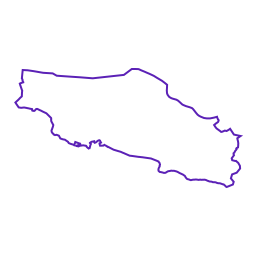 Daugmales pag., Kekavas, Latvia (Robinson projection)
{"feature_id": "27541924B86442944632001", "entity_name": "Daugmales pag.", "entity_type": "district", "adm_level": 2, "iso_a3": "LVA", "parent_name": "Latvia", "parent_adm1": "Kekavas", "projection": "robinson", "projection_center": [24.43, 56.799], "detail": "fine", "context": "isolated", "style": "outline", "palette": "violet", "viewbox_px": 256, "rotation_deg": 0, "n_neighbors": 0, "source": "geoboundaries", "source_scale": "gbopen_adm2", "svg_char_len": 5423}
<svg xmlns="http://www.w3.org/2000/svg" viewBox="0 0 256 256"><path d="M131.8,69.0L123.9,74.9L92.7,78.3L80.1,77.3L69.5,76.6L56.7,75.7L52.7,73.4L43.1,72.8L33.9,71.2L27.8,70.3L22.7,70.0L21.9,78.1L22.0,78.2L21.9,78.5L22.2,79.0L22.3,79.3L22.4,79.5L22.5,79.6L22.5,79.9L22.5,80.2L22.5,80.4L22.6,80.6L22.9,81.5L23.0,81.7L23.2,82.1L23.3,82.2L23.3,82.3L22.3,82.6L21.4,82.9L21.3,83.0L20.6,83.2L19.8,83.6L20.2,85.0L21.0,87.3L21.3,88.2L22.0,90.2L22.2,90.6L22.0,92.5L21.9,94.6L21.8,96.4L20.8,97.3L20.1,97.9L19.3,98.8L18.9,99.2L17.7,100.4L17.0,101.0L15.4,102.5L16.3,103.9L18.7,107.4L21.0,107.8L21.4,107.8L23.9,107.5L24.2,107.5L26.9,108.0L27.2,108.1L28.8,108.4L29.5,108.6L31.6,109.0L32.1,109.1L32.2,109.6L32.2,110.1L32.2,110.3L32.3,110.3L32.5,110.5L32.9,110.8L33.1,110.9L33.3,110.9L33.7,110.9L34.1,110.9L34.4,110.8L34.5,110.8L35.1,110.2L36.0,109.2L36.3,109.0L36.6,109.0L37.0,108.9L37.5,109.0L39.7,110.1L40.9,110.6L42.8,111.6L46.4,113.3L47.5,114.4L49.3,116.2L50.4,117.3L51.1,118.0L51.2,118.5L51.2,119.0L51.1,119.3L51.2,119.6L51.2,120.2L51.2,120.4L51.2,120.7L51.2,120.9L51.3,121.2L51.5,121.6L51.6,121.9L51.8,122.2L52.0,122.6L52.2,123.0L52.5,123.4L52.7,124.0L53.0,124.4L53.3,125.0L53.2,125.5L52.8,127.0L52.4,128.1L52.0,129.3L51.8,129.7L51.5,130.5L51.6,131.3L51.7,131.9L51.9,132.2L52.0,132.4L52.4,133.0L52.6,133.3L52.8,133.5L53.1,133.6L53.3,133.7L53.4,133.8L53.5,134.0L53.6,134.3L53.7,134.5L53.9,134.6L55.0,135.1L56.6,134.8L58.9,135.7L60.3,138.4L60.7,138.6L61.7,138.9L62.2,139.2L62.5,139.2L63.7,139.5L64.5,139.6L64.8,139.7L65.1,139.8L65.9,140.4L67.7,141.6L68.0,141.8L68.1,142.0L68.3,142.4L68.7,143.0L68.8,143.1L70.5,143.8L71.1,144.0L73.1,144.6L73.3,144.6L73.7,144.9L74.1,145.2L74.5,144.5L75.3,142.0L79.8,143.6L80.0,143.6L80.2,143.9L80.3,144.2L79.7,145.0L79.0,145.1L78.4,145.2L78.0,145.2L77.7,145.3L76.4,145.8L76.2,145.9L76.3,146.0L78.6,146.4L79.0,146.1L79.6,145.9L79.9,145.8L80.2,145.7L80.5,145.7L80.9,145.7L81.1,145.6L81.8,145.5L83.2,145.3L83.3,145.3L84.2,145.5L84.9,145.6L85.0,145.6L86.1,145.8L86.3,146.0L86.6,146.7L87.7,147.8L88.7,148.5L89.0,148.2L89.5,147.7L89.7,147.8L89.8,147.5L90.3,145.4L90.6,144.6L90.9,144.0L90.9,143.8L90.8,143.7L90.7,143.7L90.5,143.4L89.9,143.0L89.9,142.9L91.5,141.8L94.0,141.3L93.9,141.9L94.7,142.8L95.8,142.4L97.8,140.8L99.2,140.2L100.0,140.6L100.3,141.4L101.0,142.6L99.5,143.4L99.6,144.2L100.1,145.7L103.3,145.6L104.3,144.9L104.5,145.1L105.4,145.4L105.8,145.6L106.8,146.3L106.8,146.2L113.6,149.7L117.9,151.0L120.7,151.8L123.4,153.0L123.5,153.0L123.8,153.1L124.4,153.4L124.5,153.4L124.4,153.4L129.7,155.7L129.8,155.7L131.7,155.9L136.7,156.6L138.1,156.8L138.5,156.9L139.2,156.9L141.7,157.2L141.8,157.2L142.0,157.2L146.2,157.8L150.4,158.4L151.1,158.5L151.3,158.6L156.4,160.6L158.5,161.5L158.6,161.8L158.7,162.0L158.9,162.2L159.1,162.4L159.3,162.6L159.5,162.9L159.5,163.0L159.6,163.3L159.7,163.7L160.0,164.4L160.0,164.5L160.0,164.8L159.9,165.0L159.7,165.4L159.6,165.6L159.6,165.8L159.7,166.3L159.6,166.5L159.5,166.8L159.2,167.2L158.8,168.0L158.6,168.5L158.5,169.2L158.4,169.7L158.5,170.3L158.5,170.7L158.8,171.1L159.1,171.4L159.6,171.8L159.8,171.9L159.9,172.0L161.0,172.1L161.7,172.3L162.7,172.5L163.5,172.8L164.0,172.9L165.0,172.9L165.5,172.7L165.8,172.6L167.7,171.4L168.1,171.3L168.4,171.2L169.1,171.1L169.8,171.0L170.7,170.8L171.0,170.7L171.6,170.7L172.2,170.8L173.5,170.8L174.1,170.8L176.7,171.5L177.5,171.9L178.4,172.3L179.3,172.9L180.6,173.5L181.3,173.8L182.5,174.4L183.0,174.6L183.8,175.2L184.7,175.8L185.0,176.1L185.5,177.1L186.1,177.9L186.7,178.6L187.2,179.0L187.5,179.1L189.0,179.5L189.8,179.8L190.2,180.0L190.6,180.1L191.1,180.1L191.6,180.0L192.4,179.8L193.0,179.7L193.9,179.7L195.6,179.5L196.1,179.5L198.2,179.8L198.8,179.9L200.1,179.6L200.5,179.7L201.2,179.8L201.5,179.8L204.0,179.7L204.4,179.7L205.2,179.8L205.9,180.0L206.4,180.2L206.8,180.4L207.6,180.8L208.0,180.9L208.4,181.0L208.6,181.1L208.8,181.2L209.2,181.4L209.7,181.5L210.9,181.6L211.4,181.7L211.7,181.7L212.7,182.1L212.9,182.2L213.2,182.2L214.3,182.2L215.4,182.3L215.8,182.4L216.1,182.5L216.9,182.9L217.4,183.0L218.0,183.2L220.0,183.3L222.0,184.0L222.7,184.3L223.6,184.4L223.9,184.6L224.4,185.1L225.2,185.7L225.7,186.4L226.3,186.8L226.7,187.0L232.9,184.5L233.7,181.8L230.9,178.4L232.1,174.4L236.7,172.7L240.1,168.5L239.9,165.8L238.1,162.7L237.6,162.4L236.0,160.9L235.3,161.0L232.2,160.2L231.7,158.3L234.0,155.2L233.5,154.0L233.6,153.2L234.4,152.6L234.7,151.8L235.0,151.4L235.2,150.9L236.1,149.9L236.6,149.1L236.3,148.5L236.7,148.0L238.0,147.4L238.2,145.6L238.2,144.7L238.3,143.3L238.2,142.6L238.0,141.2L237.6,139.8L237.3,138.3L240.3,136.2L240.6,136.0L234.0,134.6L233.8,134.4L230.1,128.8L228.9,129.7L226.6,131.0L224.8,130.6L223.5,131.2L221.7,131.9L221.1,131.9L220.2,131.1L216.5,128.4L215.5,127.1L214.9,126.3L214.8,126.0L214.1,125.0L214.2,124.9L216.4,123.1L216.5,123.1L216.8,122.9L218.1,121.9L218.6,120.6L218.6,120.2L218.5,119.9L218.0,119.5L217.9,119.2L217.1,117.3L217.0,116.8L214.1,117.6L210.1,118.4L206.8,118.4L204.0,118.0L200.8,116.7L199.2,115.9L197.6,114.7L195.9,112.7L194.6,111.0L193.0,109.0L192.0,108.1L189.9,107.3L185.9,106.1L183.3,105.0L182.3,104.5L180.8,103.1L179.5,101.9L178.0,100.6L176.4,99.7L174.3,99.1L172.5,98.6L171.2,98.1L170.0,97.4L169.2,96.9L168.5,96.0L167.5,94.6L167.0,93.1L166.9,91.5L166.8,90.4L166.9,89.1L167.0,87.5L167.1,84.8L164.9,83.0L162.0,80.8L156.6,77.6L153.9,75.9L151.8,74.9L149.2,73.7L146.6,72.6L144.6,71.7L141.4,70.4L139.0,69.3L138.3,69.1L135.4,69.0L131.8,69.0Z" fill="none" stroke="#5b21b6" stroke-width="2"/></svg>